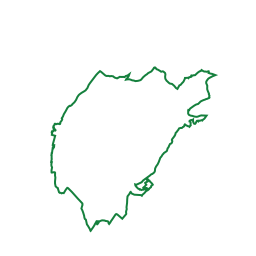 Oniceni, Neamt, Romania (Albers equal-area conic projection), rotated 225°
{"feature_id": "2599482B19733002831114", "entity_name": "Oniceni", "entity_type": "district", "adm_level": 2, "iso_a3": "ROU", "parent_name": "Romania", "parent_adm1": "Neamt", "projection": "albers", "projection_center": [27.161, 46.781], "detail": "fine", "context": "isolated", "style": "outline", "palette": "green", "viewbox_px": 256, "rotation_deg": 225, "n_neighbors": 0, "source": "geoboundaries", "source_scale": "gbopen_adm2", "svg_char_len": 5678}
<svg xmlns="http://www.w3.org/2000/svg" viewBox="0 0 256 256"><g transform="rotate(225 128 128)"><path d="M180.1,149.5L181.3,149.1L186.6,148.7L188.0,148.4L188.1,145.3L188.0,142.9L186.6,132.7L186.2,130.6L184.9,127.4L184.8,126.0L184.6,124.7L184.9,123.1L185.7,120.0L186.1,117.3L186.1,116.3L185.7,114.1L184.6,111.2L184.1,108.6L184.1,106.8L184.2,105.7L184.1,105.3L184.0,104.3L184.4,102.8L184.9,102.5L185.0,101.7L185.2,101.4L185.1,99.5L184.0,95.9L183.1,92.3L182.1,90.1L181.8,88.3L181.7,88.0L180.8,87.8L180.5,87.4L180.1,86.0L179.9,84.2L179.1,83.3L178.9,82.8L179.0,82.5L179.7,82.3L180.0,81.8L180.4,81.5L181.0,81.0L181.4,80.0L182.1,79.5L182.5,79.5L182.7,79.3L182.7,79.0L182.3,78.6L182.2,78.2L182.2,77.4L182.0,77.1L182.0,76.6L181.6,76.5L181.5,76.1L181.4,75.6L180.7,75.2L180.3,75.6L179.6,74.9L179.3,74.9L179.1,74.9L178.7,75.4L177.7,75.2L177.6,74.8L177.9,74.6L178.0,74.8L178.7,74.1L178.4,74.0L178.8,73.2L178.7,72.9L178.9,72.7L179.0,72.4L179.4,71.9L178.9,71.0L178.7,70.8L178.2,71.0L177.0,69.3L174.0,71.0L169.9,63.8L169.2,62.8L168.1,63.7L167.4,62.6L167.2,62.7L166.8,62.1L167.5,61.7L166.7,60.8L167.1,60.6L164.0,56.5L164.2,56.3L162.9,54.6L162.7,54.7L160.3,52.3L160.0,52.2L158.3,49.6L157.7,50.0L157.0,48.7L156.1,47.7L155.2,47.0L153.9,46.5L152.0,43.8L150.6,42.5L150.3,42.6L149.3,44.1L149.0,44.5L148.4,44.9L147.9,44.8L146.0,42.8L144.3,41.6L141.9,38.7L140.4,37.2L138.0,35.6L136.2,35.6L135.1,35.9L134.2,35.3L131.3,33.8L130.4,33.9L129.8,34.6L128.8,34.8L128.2,35.9L127.4,36.5L128.4,40.6L128.7,43.5L128.5,43.2L128.1,43.1L122.4,43.1L113.6,42.6L106.9,42.4L106.5,41.9L105.8,41.5L105.5,40.8L104.0,38.1L102.1,37.5L100.1,36.6L96.9,34.9L95.9,34.1L94.5,33.3L94.0,33.2L93.1,33.4L92.8,33.3L88.9,30.8L87.1,30.5L83.3,29.5L82.0,28.8L81.7,28.8L82.5,33.3L83.1,35.9L83.4,36.4L83.4,36.7L84.3,39.9L83.2,40.9L82.3,39.8L82.3,38.9L82.1,38.2L81.9,38.1L81.7,38.1L81.6,38.3L81.9,40.3L82.3,41.6L81.3,43.9L80.8,44.6L79.4,45.8L78.8,46.2L78.3,46.3L76.4,47.7L76.0,47.8L75.3,47.6L74.3,46.9L73.5,46.8L73.7,48.5L74.3,50.7L74.3,51.1L75.6,57.7L75.6,58.2L75.5,58.8L74.9,59.0L74.5,59.3L67.9,59.8L68.1,62.0L68.4,65.8L68.8,66.3L70.0,67.2L70.8,68.4L71.5,69.7L73.0,70.9L75.7,74.4L78.2,77.1L80.0,79.3L80.4,82.4L81.0,84.2L80.9,84.7L79.1,84.3L76.4,85.3L71.4,89.7L70.3,89.9L70.6,91.0L70.4,93.5L70.6,96.1L70.3,97.3L70.1,97.7L70.0,98.4L69.9,99.6L70.2,100.3L69.9,102.4L70.7,103.7L70.5,104.1L70.5,104.9L70.4,105.4L71.5,105.7L74.8,105.7L75.4,105.9L75.6,105.7L78.9,105.8L79.0,105.0L78.0,105.0L77.6,104.6L76.3,104.5L76.3,104.0L76.6,103.6L76.5,103.4L77.1,101.8L77.1,101.3L76.5,101.1L74.9,100.8L75.0,100.0L74.8,98.4L75.0,97.3L75.0,96.6L74.7,96.5L73.5,96.9L73.1,97.9L72.4,98.8L71.7,98.8L71.6,98.4L72.5,96.7L72.9,96.5L73.4,95.4L74.3,94.5L74.6,93.7L75.4,93.3L76.3,93.2L76.3,92.7L77.2,92.6L78.0,92.3L80.5,92.3L80.8,92.5L82.0,92.5L83.0,93.2L82.3,93.6L81.8,94.3L80.7,97.3L80.0,99.3L80.2,101.7L78.9,109.9L78.9,111.1L78.6,112.2L78.3,112.7L78.3,113.3L78.1,113.9L78.1,115.4L78.5,116.5L80.2,118.6L80.9,120.6L81.2,122.2L81.3,123.1L82.2,125.7L84.1,129.8L84.2,131.5L84.8,133.9L84.7,134.5L84.9,135.8L84.6,137.1L84.6,137.7L84.3,138.5L84.3,139.2L84.6,139.9L85.6,141.6L85.7,142.9L86.3,144.3L87.0,146.4L86.8,147.0L86.5,147.6L86.5,148.3L86.7,148.9L87.4,150.1L88.5,150.5L88.9,151.4L89.4,155.3L89.7,155.7L89.7,156.3L90.1,157.1L90.8,158.2L90.8,159.6L90.9,160.7L91.1,161.1L91.1,162.2L91.6,163.8L90.9,165.2L90.2,165.8L89.9,166.3L89.9,167.6L89.6,168.1L89.6,168.8L89.7,169.4L89.9,169.5L90.3,170.3L90.3,170.7L89.9,170.6L88.8,171.1L87.6,171.4L86.8,171.7L86.1,172.3L85.4,172.3L85.6,174.3L85.9,174.4L86.9,175.4L87.2,175.8L87.9,176.4L88.3,176.5L89.1,176.1L89.5,176.6L89.3,177.7L88.7,178.7L88.2,179.1L88.0,180.0L86.9,178.8L86.3,178.6L86.0,178.3L85.6,178.1L84.3,177.8L83.6,178.2L83.5,178.3L83.5,179.0L84.2,181.1L84.3,181.7L84.0,181.9L83.9,182.3L82.9,182.4L83.1,183.3L82.5,183.7L82.2,184.4L81.8,184.7L81.6,185.3L80.9,186.0L81.4,186.9L80.8,186.5L80.8,187.5L80.6,188.2L80.6,188.8L81.2,192.3L85.0,188.8L85.7,187.7L86.7,185.4L87.3,184.5L88.4,183.6L89.6,182.8L91.2,182.0L92.2,181.2L93.3,180.7L94.3,180.4L95.6,180.7L97.9,183.0L98.1,183.4L97.3,183.9L97.7,184.8L97.8,185.8L97.0,190.6L96.5,192.6L95.4,194.7L95.4,198.1L95.0,199.4L94.4,201.0L93.6,202.6L93.3,203.5L92.5,204.9L92.2,206.0L91.9,206.4L91.9,207.1L92.7,207.5L93.2,208.4L94.7,209.0L95.0,209.5L98.0,210.7L99.5,211.5L101.9,214.0L104.4,215.0L105.3,215.9L105.8,217.3L106.1,219.7L105.8,221.1L104.8,224.4L103.6,227.2L106.9,225.7L108.1,224.8L109.7,224.0L109.8,224.4L111.1,225.1L111.6,224.4L111.8,223.7L112.5,223.1L113.2,222.7L114.1,221.8L115.1,221.4L117.0,221.0L116.8,219.8L117.4,218.8L117.8,216.7L117.9,214.6L117.9,212.9L118.1,212.5L118.7,212.0L119.0,211.5L119.2,210.9L120.4,210.0L120.4,209.8L119.5,209.2L119.6,208.6L120.6,207.3L120.5,206.2L120.9,206.3L121.5,205.4L123.1,203.7L122.5,202.7L121.7,200.5L121.5,199.6L121.5,197.7L121.3,195.8L121.8,194.4L121.7,194.2L120.7,190.6L122.3,190.2L125.2,190.5L128.0,190.3L129.9,189.0L131.3,188.8L133.0,188.8L134.0,188.7L136.0,189.1L136.8,189.5L138.1,190.6L139.4,192.3L140.3,192.9L140.9,193.1L143.0,192.9L143.6,192.5L144.3,191.3L144.7,191.1L145.3,191.1L148.1,190.4L149.3,189.8L150.2,190.0L150.7,189.7L151.3,190.0L151.8,189.9L152.2,189.1L152.2,188.9L151.9,187.9L151.5,184.8L151.6,184.1L152.5,181.3L152.6,180.8L152.6,179.5L153.0,177.6L153.2,174.7L152.9,171.4L153.2,170.3L154.3,168.4L155.9,166.4L157.4,165.7L158.7,164.7L160.4,164.0L161.6,163.3L163.2,161.5L163.6,160.8L163.8,161.3L163.8,162.2L163.8,163.1L164.0,164.2L164.2,165.1L165.1,167.0L165.4,164.9L166.4,163.0L166.4,161.7L166.6,161.4L167.5,160.8L168.1,160.1L170.1,158.2L170.3,156.9L170.6,156.4L170.6,156.0L170.8,155.4L173.1,154.2L175.1,154.0L176.7,152.8L177.4,151.7L178.1,151.4L178.8,150.9L180.1,149.5Z" fill="none" stroke="#15803d" stroke-width="2"/></g></svg>